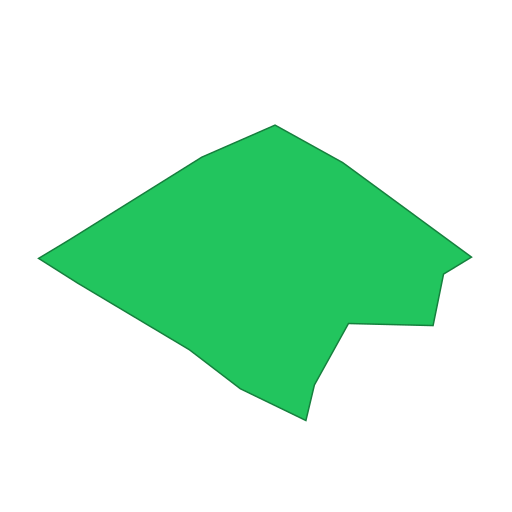 Čair, Natural Earth projection, rotated 299°
{"feature_id": "MKD-2913", "entity_name": "Čair", "entity_type": "Municipality", "adm_level": 1, "iso_a3": "MKD", "parent_name": "North Macedonia", "parent_adm1": "", "projection": "natural_earth1", "projection_center": [21.435, 41.994], "detail": "fine", "context": "isolated", "style": "filled", "palette": "green", "viewbox_px": 512, "rotation_deg": 299, "n_neighbors": 0, "source": "natural_earth", "source_scale": "10m", "svg_char_len": 348}
<svg xmlns="http://www.w3.org/2000/svg" viewBox="0 0 512 512"><g transform="rotate(299 256 256)"><path d="M148.5,67.0L179.6,84.9L316.2,160.7L379.7,209.2L379.7,286.6L359.5,445.0L331.1,428.8L281.0,444.6L241.8,369.6L171.5,369.6L136.3,379.4L132.3,306.7L141.7,243.2L145.8,113.4L148.5,67.0Z" fill="#22c55e" stroke="#15803d" stroke-width="1.5"/></g></svg>